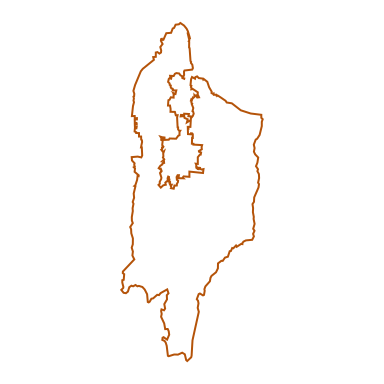 Deli Serdang, Sumatera Utara, Indonesia (Equal Earth projection)
{"feature_id": "22746128B17104196518473", "entity_name": "Deli Serdang", "entity_type": "district", "adm_level": 2, "iso_a3": "IDN", "parent_name": "Indonesia", "parent_adm1": "Sumatera Utara", "projection": "equal_earth", "projection_center": [98.729, 3.48], "detail": "fine", "context": "isolated", "style": "outline", "palette": "amber", "viewbox_px": 384, "rotation_deg": 0, "n_neighbors": 0, "source": "geoboundaries", "source_scale": "gbopen_adm2", "svg_char_len": 5997}
<svg xmlns="http://www.w3.org/2000/svg" viewBox="0 0 384 384"><path d="M192.9,68.1L192.3,64.7L190.9,62.9L191.1,61.9L190.5,61.0L189.6,48.1L189.1,47.6L189.2,41.8L188.7,41.3L189.3,40.2L187.5,32.4L190.1,39.3L189.6,37.0L187.9,31.3L186.6,28.7L184.0,25.5L180.3,23.0L178.9,24.3L175.6,24.7L174.1,27.9L172.7,28.5L171.1,32.8L166.3,33.2L163.4,39.8L162.5,39.9L161.9,38.8L161.1,39.1L160.9,40.8L162.6,44.0L160.3,47.0L161.2,50.5L161.0,52.5L159.4,53.6L157.4,52.1L155.8,52.5L155.8,56.8L153.2,57.1L153.9,59.8L142.8,68.8L140.8,71.3L135.1,85.0L133.4,90.9L134.3,93.8L134.1,96.2L133.5,96.6L133.9,98.5L133.5,100.6L134.0,102.2L133.0,106.0L131.9,116.1L134.7,116.0L134.8,118.3L136.9,118.1L136.9,119.4L134.7,119.5L134.8,122.8L136.5,122.9L136.7,123.6L136.7,124.2L134.8,124.1L134.9,126.6L136.7,126.6L136.4,128.3L134.9,128.3L134.6,131.5L136.2,132.2L136.2,133.0L139.0,133.1L139.0,136.5L141.1,136.5L141.2,139.6L141.9,140.2L142.1,142.0L141.0,147.4L141.8,147.4L142.2,155.5L141.3,157.4L137.7,156.6L131.7,157.1L132.0,160.5L134.6,163.3L134.2,164.9L134.8,166.6L133.8,167.2L135.0,168.5L134.6,171.8L138.7,175.3L138.6,176.1L137.6,175.8L137.1,179.9L135.4,185.1L134.4,186.0L135.4,186.4L133.7,193.5L134.1,197.8L132.7,202.0L133.5,203.8L132.6,208.2L132.8,211.1L131.8,217.1L131.9,220.7L132.8,223.1L130.2,227.0L131.1,229.2L131.3,233.3L132.9,238.4L132.8,244.3L131.7,247.7L132.9,251.5L132.4,255.5L134.3,259.4L122.9,271.5L122.8,273.1L124.2,274.2L123.7,279.8L122.3,280.2L122.3,282.6L123.4,287.0L123.2,288.0L121.3,289.9L123.6,292.8L125.9,293.2L127.9,291.6L129.3,287.2L131.4,285.7L133.1,286.3L135.5,285.0L137.4,286.3L138.9,285.9L142.4,287.0L144.7,289.5L147.1,294.2L147.8,302.0L148.7,302.4L149.7,301.7L151.4,298.7L153.1,298.4L157.2,294.8L159.0,295.1L160.6,293.1L167.2,289.4L168.5,293.3L166.8,295.2L167.0,299.4L164.3,304.1L165.1,308.6L164.0,310.3L161.5,309.4L161.1,311.0L161.7,313.9L161.1,316.8L164.2,323.4L165.2,329.1L167.7,329.0L168.7,331.2L169.2,334.7L167.1,339.6L163.5,337.2L162.6,337.7L162.3,339.9L164.6,341.0L165.7,342.6L166.7,345.8L167.9,355.8L168.7,356.2L174.2,354.5L178.0,354.6L182.2,352.7L184.8,354.3L186.2,360.1L187.2,361.0L191.2,357.3L191.6,355.7L192.5,340.3L198.8,311.8L197.7,307.9L198.5,303.3L198.0,300.7L196.8,299.2L198.7,294.1L199.9,293.5L203.0,295.4L204.0,294.9L204.7,290.8L204.4,289.2L205.4,286.4L209.9,281.3L210.5,277.8L211.5,275.9L216.0,272.3L217.9,268.4L218.0,263.4L221.4,260.8L222.7,260.9L225.0,257.6L227.9,256.7L229.7,251.2L230.9,251.0L232.2,248.0L233.3,248.3L236.0,245.5L236.7,246.8L241.2,243.9L242.4,244.1L242.5,242.9L243.5,241.6L245.9,240.4L252.2,239.8L253.9,236.4L253.1,233.9L254.5,230.8L253.2,228.8L254.6,223.9L253.6,218.9L253.8,216.9L252.9,212.2L253.1,208.1L252.5,204.1L254.0,201.8L254.2,197.4L258.5,187.5L259.0,184.1L258.1,182.7L259.1,178.1L258.9,174.1L257.4,171.2L258.0,169.2L256.0,166.2L257.4,162.7L258.2,157.5L255.2,154.4L253.9,151.7L254.6,148.1L253.8,144.7L255.7,139.6L257.1,138.8L259.6,135.0L261.8,126.1L261.8,121.8L262.7,119.2L261.3,117.8L261.3,114.8L250.7,113.5L240.8,110.3L231.8,103.3L226.7,102.5L225.6,100.8L220.5,97.3L217.7,95.5L217.1,95.9L216.7,94.6L216.7,96.3L216.2,94.7L213.8,94.8L213.6,93.5L213.0,93.9L211.5,93.0L211.7,91.7L209.1,87.2L207.3,81.8L203.9,79.1L203.3,79.6L203.0,78.6L198.8,78.1L197.1,76.4L195.4,77.1L195.0,78.7L192.0,77.0L191.1,79.2L190.5,85.2L191.4,85.8L190.9,87.0L191.5,87.9L191.3,89.3L192.8,89.0L197.8,92.3L197.7,94.5L199.0,97.3L197.2,97.5L195.9,95.4L195.0,96.1L194.4,95.3L194.4,96.9L193.3,97.9L192.8,97.6L192.0,99.9L191.3,99.4L190.9,100.7L191.5,100.9L191.4,102.8L192.2,103.6L191.8,104.3L193.3,108.0L192.5,111.2L193.1,111.5L193.7,113.7L192.8,116.0L190.9,118.3L190.9,116.4L188.4,116.2L188.9,114.0L184.2,113.7L184.2,115.0L181.0,114.9L180.7,116.4L184.2,116.1L184.5,117.9L187.7,119.3L186.9,122.4L190.8,120.0L190.4,126.9L188.4,126.8L188.4,128.1L187.8,127.7L188.0,134.1L191.1,134.3L191.1,133.3L192.2,133.4L192.8,134.2L192.8,137.9L192.1,137.8L191.9,143.7L193.4,143.8L193.4,144.6L202.1,145.1L201.6,147.0L201.8,149.3L198.9,151.0L199.0,151.7L201.1,152.5L200.7,154.6L199.9,154.6L197.8,157.2L197.8,163.9L195.8,163.7L196.3,164.8L196.2,166.9L196.6,167.0L196.6,168.0L197.7,168.1L197.7,169.0L198.4,169.1L198.4,168.0L199.1,168.4L199.3,167.8L200.1,167.9L200.2,168.9L201.5,169.5L203.5,169.1L203.0,173.0L189.4,171.6L189.4,176.8L183.6,176.4L182.6,177.8L183.2,178.3L178.7,178.2L178.7,176.5L177.0,176.3L178.7,176.3L178.9,175.2L177.6,175.2L177.0,176.3L177.3,176.5L176.6,177.2L176.9,179.8L178.1,180.7L177.9,182.2L176.9,183.8L176.8,185.5L174.8,185.7L174.6,184.7L173.7,188.7L171.2,188.2L171.5,187.8L170.9,186.6L171.5,185.1L170.6,185.4L170.1,184.5L170.5,184.3L170.2,183.1L169.5,182.8L170.0,181.7L169.1,180.6L169.4,179.5L168.8,179.3L169.0,177.0L168.2,176.6L167.6,178.2L167.9,181.3L166.7,181.3L165.3,182.7L165.8,184.7L163.3,185.3L160.8,187.6L158.5,184.9L159.8,183.7L159.7,181.8L161.2,179.0L161.4,177.6L160.0,173.0L161.4,171.5L161.0,171.1L161.5,170.6L160.8,168.8L160.0,169.1L158.7,168.2L160.4,165.7L162.4,164.4L162.5,163.1L164.1,162.9L163.9,160.6L162.7,160.8L164.2,159.3L162.9,157.5L163.4,156.2L163.2,153.6L164.0,151.2L163.0,152.0L161.3,149.7L162.1,149.2L162.0,147.6L163.1,147.4L163.0,146.8L161.9,146.7L163.1,146.3L162.2,145.1L162.7,140.6L161.2,139.9L161.4,138.2L160.5,136.7L162.4,137.3L162.3,139.5L163.6,139.5L163.7,137.4L164.5,137.5L164.5,139.9L168.8,139.7L169.6,138.5L176.1,138.7L178.3,135.7L179.5,135.2L179.5,132.1L180.2,130.8L179.2,130.8L178.1,129.4L178.1,127.4L177.6,127.3L177.1,117.4L177.6,115.2L175.8,115.3L174.9,111.9L170.5,111.8L170.6,109.0L170.0,105.5L168.0,105.5L168.4,100.2L169.6,99.7L170.8,97.3L173.6,97.6L173.6,94.9L174.1,94.6L173.6,93.9L174.1,93.7L173.7,93.2L175.5,93.9L176.3,90.4L173.7,90.5L173.2,89.6L172.7,89.9L172.4,88.6L171.3,88.3L170.6,86.9L170.8,85.5L169.7,84.9L169.6,83.4L168.1,81.9L168.8,78.9L169.5,78.2L171.1,78.7L171.4,77.5L170.3,76.9L170.1,75.8L173.7,76.0L174.9,73.8L176.4,73.1L179.2,73.5L180.4,75.3L182.1,76.2L182.5,78.8L182.7,78.2L184.2,78.8L184.3,78.4L182.8,77.8L182.4,76.5L183.7,76.0L184.1,75.0L184.0,71.6L184.5,70.5L192.2,69.6L192.9,68.1Z" fill="none" stroke="#b45309" stroke-width="2"/></svg>